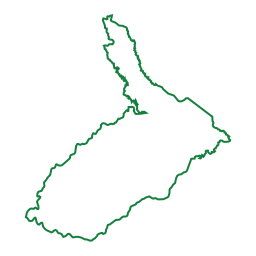 Coari, Amazonas, Brazil
{"feature_id": "56859067B81707102783786", "entity_name": "Coari", "entity_type": "district", "adm_level": 2, "iso_a3": "BRA", "parent_name": "Brazil", "parent_adm1": "Amazonas", "projection": "robinson", "projection_center": [-64.001, -4.036], "detail": "fine", "context": "isolated", "style": "outline", "palette": "green", "viewbox_px": 256, "rotation_deg": 0, "n_neighbors": 0, "source": "geoboundaries", "source_scale": "gbopen_adm2", "svg_char_len": 5805}
<svg xmlns="http://www.w3.org/2000/svg" viewBox="0 0 256 256"><path d="M224.6,131.6L223.2,130.7L221.8,131.3L221.1,130.7L220.1,130.9L219.8,130.0L218.8,129.4L218.0,129.4L217.1,128.2L215.3,127.9L213.3,126.6L212.8,125.5L213.4,122.5L212.5,120.9L212.3,116.7L187.9,98.2L186.1,98.3L184.2,100.0L181.8,101.2L180.3,101.5L178.4,101.0L174.0,95.6L168.1,93.5L163.2,89.2L162.0,87.2L157.2,85.4L155.7,84.0L155.2,85.0L154.7,85.0L153.8,84.7L152.8,83.3L152.1,83.6L151.7,82.8L150.9,82.2L151.2,81.2L149.9,80.3L149.7,79.6L149.0,79.7L148.1,79.0L148.3,77.3L146.9,77.6L146.5,76.5L145.4,76.4L144.9,75.5L145.2,73.7L144.9,73.5L144.5,74.0L144.0,73.7L144.2,73.4L143.1,72.6L142.8,70.9L141.5,70.8L141.6,70.4L141.0,70.2L141.4,69.5L141.2,68.4L140.4,67.4L140.3,66.2L139.8,65.8L139.9,65.2L139.2,64.5L140.2,63.3L139.7,62.9L139.9,62.1L139.5,61.6L139.7,60.7L139.0,60.4L139.0,59.7L138.6,59.8L137.8,58.5L137.6,57.5L138.2,57.2L137.9,56.1L137.6,56.2L137.6,55.7L136.3,55.2L135.6,54.4L136.2,52.8L135.2,52.1L135.4,51.0L134.4,50.3L134.7,50.0L134.5,49.3L135.0,48.7L134.4,48.2L134.9,47.7L134.5,46.9L134.9,46.1L134.6,44.3L135.0,44.0L135.1,42.8L134.8,42.6L134.6,41.5L134.1,41.3L134.3,40.9L134.1,40.4L132.6,40.3L132.2,40.9L131.5,40.5L130.9,39.8L129.9,37.2L128.9,36.9L129.0,35.5L128.5,35.1L127.8,33.5L128.2,33.3L127.8,31.8L128.1,31.5L127.8,30.7L127.0,30.2L126.9,28.1L125.6,27.0L123.4,26.4L123.1,25.9L119.0,25.5L115.6,22.7L111.5,21.1L110.9,20.3L112.0,15.4L110.0,15.8L109.2,16.6L107.7,16.3L107.3,16.5L107.3,19.2L106.8,19.3L103.5,18.4L103.0,19.2L103.0,20.6L105.0,25.9L105.0,27.8L105.7,28.5L106.7,28.4L106.9,29.1L106.5,31.7L107.0,32.7L108.2,33.7L108.0,35.0L109.0,37.2L108.5,38.0L108.6,38.9L109.1,39.3L112.4,39.9L113.6,41.3L113.6,42.0L113.5,42.8L112.5,44.3L109.3,44.2L107.7,45.8L105.0,45.4L103.9,45.7L104.5,47.1L104.7,49.0L105.8,49.4L105.8,50.1L106.5,50.9L107.0,52.4L107.7,52.7L107.2,55.0L107.7,56.7L107.5,57.6L108.1,58.8L108.8,59.4L109.8,59.7L109.8,60.5L111.6,61.7L111.9,62.6L113.9,63.6L114.0,64.1L113.5,64.7L114.1,65.8L114.0,67.0L114.5,68.3L116.1,68.5L116.5,68.2L116.4,67.6L117.4,67.3L117.8,67.6L117.4,68.0L117.5,68.4L118.2,67.9L118.6,68.3L118.8,68.7L118.5,69.0L118.1,69.0L117.8,68.4L117.6,68.8L117.3,69.8L117.5,70.7L116.6,70.6L116.3,72.2L118.1,72.8L118.6,74.0L119.3,74.1L119.3,75.1L120.3,75.5L120.0,76.1L120.4,76.6L121.0,76.6L121.8,78.3L122.3,77.7L122.3,76.9L123.0,77.9L123.4,77.3L124.2,79.1L123.5,79.9L123.9,80.9L124.6,80.9L124.4,80.2L124.9,79.1L125.1,80.5L126.1,80.5L126.0,80.9L126.5,81.4L126.5,82.8L127.0,82.2L127.7,83.1L127.8,85.1L127.0,85.1L126.4,85.6L125.4,85.3L125.2,87.0L124.1,88.7L124.1,90.2L124.9,90.9L123.7,92.6L123.7,94.6L125.9,95.3L126.5,96.4L127.7,95.8L129.1,96.7L129.5,97.5L128.5,97.6L128.2,98.3L128.6,98.7L129.6,98.5L130.5,99.0L131.2,99.9L131.7,102.1L132.6,101.0L133.7,100.5L134.1,101.1L134.2,102.4L134.7,102.4L135.6,100.3L136.1,101.5L135.9,102.8L136.6,103.0L137.6,104.4L137.1,104.7L136.7,104.1L135.6,104.1L136.1,104.6L135.9,105.0L137.1,106.2L137.2,107.6L136.8,109.4L139.3,112.6L141.0,113.0L141.7,112.7L142.0,111.8L144.4,111.8L146.1,112.9L140.1,113.8L135.8,113.9L135.1,113.2L133.8,110.8L134.1,109.6L133.7,107.4L131.9,106.8L131.6,107.1L128.6,107.0L128.3,111.0L127.9,111.1L127.4,110.0L126.4,110.5L123.6,113.8L123.7,114.9L123.2,117.2L119.3,119.0L118.4,118.7L116.1,122.5L114.8,122.7L114.2,123.7L112.9,124.2L110.9,123.7L107.9,125.0L106.9,124.8L105.4,123.7L103.1,123.2L102.2,123.5L100.9,125.1L101.0,126.8L100.2,128.9L97.8,130.3L95.9,133.7L95.0,133.9L93.5,133.2L93.1,133.4L92.3,134.9L91.9,137.8L91.5,138.2L89.0,138.9L86.5,143.2L84.1,144.2L82.6,143.8L80.1,144.8L78.2,143.9L77.2,144.1L76.1,146.1L75.2,152.6L74.2,153.8L70.9,155.1L70.3,155.9L69.8,158.3L69.2,159.0L62.0,165.2L60.9,165.6L58.5,165.4L56.6,164.3L56.0,164.6L55.0,167.4L53.7,168.2L52.2,168.3L51.4,169.1L50.2,174.9L47.5,177.7L46.0,180.2L44.0,182.5L44.4,185.9L44.1,186.9L42.9,188.2L41.5,190.9L39.0,191.5L37.9,192.3L37.3,194.4L37.3,196.1L38.0,196.6L39.4,196.2L40.3,197.0L40.0,198.0L37.7,200.4L37.0,201.9L38.4,206.0L38.5,208.5L38.2,209.0L37.2,209.0L35.6,207.6L34.8,207.9L33.7,208.9L31.3,208.5L29.9,209.0L27.9,210.9L26.8,213.0L25.9,217.2L27.3,217.9L29.1,220.7L30.4,221.1L32.4,220.7L34.2,218.2L35.1,217.6L35.5,217.8L36.6,222.1L37.8,224.2L39.1,224.6L41.3,222.7L41.9,222.6L42.3,223.0L43.1,226.5L44.5,228.5L46.8,230.3L51.5,232.4L52.5,232.0L54.1,230.5L55.6,230.0L56.5,230.5L58.3,233.1L60.2,233.4L61.6,234.1L63.3,236.9L65.4,236.2L67.8,234.0L68.9,233.8L70.2,234.5L72.3,237.0L73.0,237.4L76.6,236.8L78.6,236.9L81.7,237.7L84.6,239.3L87.0,239.5L89.8,240.6L92.0,240.5L93.0,239.4L95.0,238.3L97.2,235.8L97.5,234.8L98.7,233.9L101.7,232.9L102.2,232.9L103.2,234.0L104.9,233.3L105.8,232.1L106.0,229.8L107.2,227.6L107.5,225.8L108.0,224.9L109.9,224.4L115.8,220.0L119.6,219.6L122.0,217.3L123.4,216.5L125.4,216.6L126.8,216.1L127.5,215.2L128.0,212.7L129.8,210.1L130.5,207.3L131.1,206.4L135.7,204.4L136.7,202.8L139.2,201.8L142.4,199.1L143.9,198.8L145.7,197.6L149.3,196.4L152.4,198.4L153.4,198.6L155.4,198.1L158.1,199.4L163.4,199.2L167.8,197.2L168.5,196.3L169.5,192.9L169.6,189.5L169.9,188.8L171.7,187.1L173.1,184.7L175.1,183.0L176.1,178.3L177.1,176.0L178.8,174.7L181.5,174.2L183.5,172.5L185.8,171.9L187.0,170.6L191.3,158.8L194.6,158.6L195.0,156.9L196.2,156.2L198.3,156.2L199.5,155.6L200.3,155.9L200.6,156.6L200.5,157.4L199.6,158.2L200.7,158.4L201.8,156.7L202.1,155.0L202.7,155.3L203.6,156.6L204.0,156.2L204.7,154.3L205.9,153.2L205.7,151.6L206.0,150.8L207.9,150.6L208.3,152.4L210.2,153.9L211.6,153.3L211.8,151.9L213.9,152.3L215.0,151.2L214.0,150.3L213.9,149.5L214.9,148.4L215.7,148.4L217.1,145.5L217.7,145.5L218.3,144.9L218.5,143.5L218.2,142.5L219.5,142.1L219.8,141.0L220.5,140.4L222.2,140.7L223.4,141.7L225.6,141.9L228.7,141.6L230.1,140.6L230.1,139.9L229.4,139.6L228.4,137.7L228.7,137.4L228.3,136.7L229.0,136.3L227.0,134.8L226.0,134.5L226.1,133.4L224.4,132.5L224.6,131.6Z" fill="none" stroke="#15803d" stroke-width="2"/></svg>